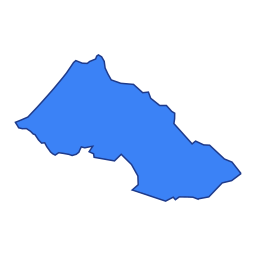 outline of Argaka, Paphos, Cyprus
{"feature_id": "46923920B98204457284420", "entity_name": "Argaka", "entity_type": "district", "adm_level": 2, "iso_a3": "CYP", "parent_name": "Cyprus", "parent_adm1": "Paphos", "projection": "mercator", "projection_center": [32.504, 35.066], "detail": "fine", "context": "isolated", "style": "filled", "palette": "blue", "viewbox_px": 256, "rotation_deg": 0, "n_neighbors": 0, "source": "geoboundaries", "source_scale": "gbopen_adm2", "svg_char_len": 1144}
<svg xmlns="http://www.w3.org/2000/svg" viewBox="0 0 256 256"><path d="M240.5,172.9L232.0,162.1L224.4,159.0L209.6,145.2L203.7,144.9L195.6,141.1L192.1,143.9L173.9,123.6L174.6,118.8L174.7,113.2L171.7,111.4L166.4,105.5L159.7,105.5L150.7,98.3L148.4,92.1L142.7,92.7L133.5,84.4L120.8,83.3L111.2,79.9L107.8,73.8L105.1,68.0L104.2,61.3L101.6,56.8L98.4,54.9L96.7,56.1L95.6,59.0L89.6,61.5L87.3,63.4L82.3,63.2L75.8,60.6L73.6,62.5L66.5,73.0L62.3,78.3L53.5,88.9L46.1,97.3L37.4,107.0L27.8,117.1L21.1,120.0L15.4,122.3L15.7,122.9L17.3,125.4L18.7,127.8L22.3,128.7L26.5,128.6L30.4,131.2L33.2,134.0L35.0,134.6L38.5,139.9L41.6,143.1L44.7,142.8L46.8,146.7L48.9,149.6L50.5,151.9L52.7,153.8L55.2,155.1L58.7,152.7L63.5,153.4L69.0,154.4L72.1,155.5L76.2,154.3L78.8,152.3L80.2,149.1L81.3,146.9L84.8,147.8L90.6,146.6L92.7,146.3L89.1,151.7L93.6,153.8L94.1,157.3L114.5,160.9L121.2,154.3L131.5,164.5L137.9,176.0L138.2,184.7L132.2,190.0L132.8,190.2L165.6,201.1L173.2,197.2L175.4,199.7L179.3,196.9L187.6,197.0L192.9,197.2L197.9,199.1L197.9,198.9L208.8,196.9L222.2,182.9L231.7,180.6L240.6,173.9L240.3,173.0L240.5,172.9Z" fill="#3b82f6" stroke="#1e3a8a" stroke-width="1.5"/></svg>